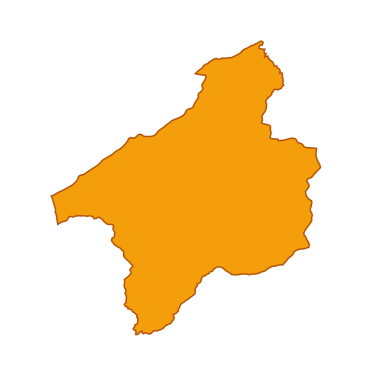 outline of Nova Olinda, Tocantins, Brazil, rotated 63°
{"feature_id": "56859067B86492414525481", "entity_name": "Nova Olinda", "entity_type": "district", "adm_level": 2, "iso_a3": "BRA", "parent_name": "Brazil", "parent_adm1": "Tocantins", "projection": "equal_earth", "projection_center": [-48.366, -7.652], "detail": "fine", "context": "isolated", "style": "filled", "palette": "amber", "viewbox_px": 384, "rotation_deg": 63, "n_neighbors": 0, "source": "geoboundaries", "source_scale": "gbopen_adm2", "svg_char_len": 5671}
<svg xmlns="http://www.w3.org/2000/svg" viewBox="0 0 384 384"><g transform="rotate(63 192 192)"><path d="M88.1,135.3L89.4,133.9L90.8,131.8L92.2,130.1L93.1,128.7L93.9,127.2L95.7,127.0L97.6,129.0L98.8,130.9L99.9,132.9L101.2,134.6L103.0,135.1L104.8,135.3L105.9,136.6L106.7,138.7L107.3,141.4L108.8,142.9L110.8,143.3L112.2,146.1L113.7,148.7L115.0,150.4L116.1,151.6L117.2,154.0L116.9,156.1L116.4,157.9L116.8,160.2L118.1,161.5L118.9,162.9L119.7,164.6L120.0,166.9L119.9,168.9L119.8,171.2L119.5,174.5L119.3,177.8L120.0,180.3L120.4,183.0L120.9,185.6L121.5,188.3L121.9,190.5L122.0,192.4L122.5,194.5L123.3,196.3L124.3,198.3L124.5,200.5L124.0,203.0L122.7,205.7L121.7,207.8L120.3,209.8L118.3,210.8L117.0,211.9L116.7,214.3L117.6,216.9L117.8,219.0L116.9,220.4L115.6,222.1L115.7,224.4L117.1,225.7L118.1,227.7L119.3,230.7L120.3,233.5L120.9,236.0L121.1,238.2L121.1,240.7L121.6,243.2L122.3,245.7L122.5,249.2L122.7,251.5L122.8,253.5L122.8,255.8L123.2,257.8L124.2,260.1L125.0,262.4L125.4,265.0L125.8,267.9L126.0,270.4L126.2,272.3L126.4,274.1L126.7,276.1L127.1,278.4L127.2,280.9L126.6,283.0L126.4,285.3L127.4,286.9L128.6,287.9L129.9,290.0L130.8,292.7L131.5,296.0L131.7,299.2L131.7,301.9L131.8,304.1L131.9,306.6L131.7,309.2L131.7,311.8L131.9,314.5L132.0,316.9L131.7,319.2L133.4,319.2L146.1,321.6L147.6,322.9L150.5,323.2L159.9,326.3L159.8,324.3L159.5,321.6L160.2,318.9L160.6,317.0L159.8,315.3L158.5,313.0L158.8,310.8L160.2,309.7L160.5,307.3L161.2,304.8L162.5,302.4L163.6,300.3L164.4,298.4L165.8,296.9L166.4,294.8L167.4,293.0L169.4,291.4L171.1,291.6L172.1,289.7L171.9,287.6L172.8,285.7L175.0,284.9L176.8,283.9L178.3,283.9L180.4,283.0L182.3,282.0L183.4,280.4L184.6,277.9L186.6,277.1L188.3,278.8L189.8,279.3L191.6,279.2L193.4,279.3L194.6,280.4L196.0,280.9L196.9,282.2L196.8,284.1L198.5,285.7L200.0,285.7L201.6,285.2L203.7,285.1L205.7,283.9L207.9,282.7L209.8,281.1L211.6,281.1L213.2,279.8L214.7,280.5L216.5,281.1L218.2,281.9L220.6,281.6L222.5,280.8L224.0,280.5L225.9,279.4L228.1,279.3L229.8,278.4L231.2,278.3L232.0,280.5L233.2,282.8L235.4,282.6L237.4,283.9L238.1,286.6L238.8,289.4L239.2,291.8L241.5,292.9L243.0,293.8L244.7,295.1L247.1,295.5L249.2,295.3L250.6,296.2L252.0,297.8L253.8,297.3L255.8,298.2L257.3,298.9L258.8,300.0L260.5,301.1L261.5,303.4L263.7,303.3L265.2,301.5L266.9,302.1L268.6,300.1L270.0,299.2L271.8,299.4L273.5,298.0L275.2,297.6L276.9,296.6L278.3,298.1L279.9,297.7L281.5,298.5L283.0,299.4L284.8,300.7L284.4,302.9L285.8,303.8L287.0,306.4L288.4,306.4L289.8,305.1L291.8,305.6L293.3,307.0L294.2,305.7L294.0,303.4L293.0,301.6L293.5,299.6L295.0,300.3L296.3,299.5L296.3,297.4L297.6,295.9L298.8,295.2L299.6,293.1L298.9,291.1L298.2,289.1L299.4,287.3L300.0,285.2L300.3,282.9L300.5,280.4L299.8,278.1L299.1,275.8L299.1,273.3L299.5,271.5L299.2,269.7L298.0,268.3L297.4,266.4L296.2,265.1L294.7,264.8L292.8,264.6L292.8,261.5L291.9,258.3L290.4,257.6L289.3,255.6L287.6,254.0L286.7,252.1L286.5,249.5L286.0,247.0L285.7,244.1L285.2,241.8L284.8,239.1L284.0,235.6L281.6,233.8L280.0,233.6L278.9,231.9L278.0,229.8L276.3,229.3L276.4,226.0L275.1,223.9L273.4,223.1L272.1,220.6L272.5,218.7L272.2,216.5L272.3,213.7L271.4,212.3L271.9,209.9L270.8,207.7L270.3,205.9L270.3,203.7L270.9,202.0L272.0,200.3L274.0,198.8L276.2,198.1L278.3,197.1L279.9,195.9L281.9,194.8L283.6,194.2L284.4,192.6L285.7,190.7L286.8,187.8L287.7,184.8L288.9,182.3L290.2,180.3L291.9,178.2L292.3,176.0L293.2,174.0L294.1,171.9L294.7,169.3L294.7,166.5L295.2,164.3L295.5,162.4L294.9,160.7L294.7,158.8L294.7,156.5L294.6,154.7L295.2,153.0L296.0,150.9L296.2,148.5L296.9,146.5L298.2,144.4L297.1,141.6L296.3,139.5L295.5,137.7L294.7,135.8L294.2,133.4L293.8,131.5L292.6,129.4L291.4,127.6L291.4,125.7L291.6,123.8L291.9,121.6L293.2,118.8L293.8,116.2L294.2,113.1L292.4,111.4L290.6,111.2L289.0,111.1L287.4,111.4L285.2,111.1L282.7,111.3L280.6,111.6L279.3,111.1L278.1,109.5L276.8,107.6L275.8,105.3L275.0,103.9L274.2,102.3L273.0,100.1L271.9,98.3L270.4,97.7L268.9,96.8L267.5,95.6L266.0,95.0L264.3,95.0L262.3,95.0L260.4,94.0L259.0,92.5L257.6,91.5L255.6,89.8L253.9,89.5L252.1,90.8L250.6,91.4L248.8,91.9L246.7,91.7L244.8,91.3L243.1,90.8L242.0,88.4L240.6,85.5L238.4,84.4L236.2,84.7L234.1,84.7L232.9,83.3L233.0,81.2L233.2,78.9L232.5,76.8L231.5,75.1L231.0,73.2L230.1,70.9L229.3,68.2L228.5,66.5L226.7,65.9L225.0,65.9L223.3,65.8L221.7,66.0L219.6,65.8L217.1,65.3L214.9,64.6L213.2,63.6L211.6,62.5L209.8,61.3L208.5,63.0L207.3,65.1L206.4,66.5L205.5,68.0L204.3,70.2L202.6,71.6L200.6,71.8L198.3,72.8L196.3,75.0L194.1,75.5L192.5,75.4L191.2,76.0L189.9,77.6L189.1,79.5L187.6,86.3L185.7,91.7L184.0,91.4L182.6,93.7L181.3,96.0L180.0,97.6L178.4,97.5L176.7,95.8L174.8,94.5L173.2,94.2L171.8,93.7L169.9,92.6L168.1,92.4L166.7,93.8L165.2,95.5L163.4,97.8L161.5,98.6L160.2,96.7L156.7,95.5L155.5,94.6L154.5,92.3L153.3,90.3L152.0,88.7L150.5,87.3L149.0,86.6L147.4,85.6L145.1,85.5L143.6,83.8L142.6,81.6L142.1,79.0L141.1,76.6L139.7,75.7L139.4,73.9L138.0,72.8L138.6,70.5L140.0,69.3L140.0,67.5L140.1,65.4L139.1,64.2L138.3,61.7L136.4,62.0L135.1,60.5L133.7,60.3L132.3,59.5L130.8,59.3L128.9,58.4L126.9,57.7L125.9,59.9L124.2,58.4L121.7,58.5L119.8,59.7L118.1,59.2L117.3,61.5L115.2,61.2L113.1,61.1L111.4,61.7L109.9,62.7L108.4,62.7L107.0,63.4L105.4,62.6L104.8,64.3L104.7,66.1L103.5,65.4L102.6,63.1L101.1,64.4L99.1,63.8L97.8,62.3L97.0,63.9L95.9,65.3L94.7,66.8L93.3,66.5L92.3,65.3L93.0,62.7L90.9,60.6L88.8,62.0L88.9,64.2L89.1,66.5L88.8,68.3L89.2,70.5L88.4,72.5L88.8,75.1L88.8,77.6L88.6,80.1L88.9,82.6L89.7,84.6L90.2,86.7L90.3,88.8L90.3,91.5L90.3,94.1L90.1,96.2L89.2,98.0L88.4,100.5L87.4,102.6L86.4,104.7L86.1,107.9L84.2,109.5L83.5,112.0L83.8,114.6L83.9,117.3L84.8,119.5L84.4,121.8L84.8,124.4L86.1,126.7L86.5,128.5L86.7,130.6L87.3,133.1L88.1,135.3Z" fill="#f59e0b" stroke="#b45309" stroke-width="1.5"/></g></svg>